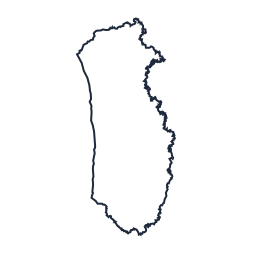 the district of Phu Kamyao, Phayao, Thailand, rotated 352°
{"feature_id": "78962969B43873675128191", "entity_name": "Phu Kamyao", "entity_type": "district", "adm_level": 2, "iso_a3": "THA", "parent_name": "Thailand", "parent_adm1": "Phayao", "projection": "robinson", "projection_center": [99.99, 19.32], "detail": "fine", "context": "isolated", "style": "outline", "palette": "slate", "viewbox_px": 256, "rotation_deg": 352, "n_neighbors": 0, "source": "geoboundaries", "source_scale": "gbopen_adm2", "svg_char_len": 5889}
<svg xmlns="http://www.w3.org/2000/svg" viewBox="0 0 256 256"><g transform="rotate(352 128 128)"><path d="M156.4,27.7L156.0,25.8L155.4,26.1L155.6,25.6L154.7,25.7L154.4,24.7L153.3,24.8L153.8,24.0L153.1,23.0L153.2,21.8L151.9,21.9L151.7,21.0L150.8,20.7L150.1,21.2L149.4,21.0L148.7,22.4L148.8,23.1L150.2,24.0L149.8,25.1L149.1,25.8L146.5,26.3L145.9,26.8L145.2,26.4L144.7,26.9L144.7,25.8L144.2,24.9L143.2,24.6L142.4,23.5L141.8,23.9L141.2,23.4L137.8,24.6L137.6,26.3L135.4,26.4L134.7,26.9L134.3,26.4L133.1,26.6L131.9,27.1L131.0,28.1L129.2,27.8L128.4,26.4L126.4,27.0L126.3,26.3L125.9,26.9L124.7,26.8L124.4,26.4L123.8,27.4L123.1,27.4L122.9,28.0L122.1,28.1L120.2,28.0L116.8,26.9L114.9,27.6L110.2,27.3L108.0,28.7L107.2,29.8L107.8,32.2L106.2,33.7L105.7,35.6L103.3,35.7L101.4,37.1L100.1,36.8L99.3,38.3L95.6,39.4L93.1,44.2L92.0,44.3L91.9,45.0L90.8,44.9L90.5,46.9L87.8,47.9L91.2,57.2L92.2,65.3L94.8,72.7L95.7,80.4L95.5,85.9L95.9,88.8L95.4,94.3L93.7,96.7L94.9,100.7L94.3,103.6L94.2,107.0L92.5,115.4L93.5,120.5L93.9,126.8L92.9,141.7L92.6,143.0L91.4,144.6L91.5,148.3L89.0,155.4L89.2,158.8L88.2,160.6L87.6,163.1L87.0,171.3L85.9,173.9L85.6,179.0L83.8,186.5L84.3,187.5L82.9,189.8L82.2,192.1L85.8,195.7L87.4,198.7L92.0,199.4L92.4,200.3L94.2,200.7L94.8,201.2L95.9,203.0L95.3,203.8L95.7,204.8L95.1,205.1L95.1,206.8L94.3,208.4L94.7,208.7L95.2,210.7L94.7,211.4L96.2,213.3L96.5,212.8L97.9,212.6L98.0,213.1L98.8,213.2L98.5,214.7L100.6,216.7L101.3,218.2L101.8,218.1L102.1,219.0L101.7,219.4L102.6,219.5L102.3,219.9L104.2,223.8L105.1,224.2L105.3,225.0L106.7,226.4L107.7,226.6L107.8,227.0L107.3,226.7L107.2,227.1L108.0,227.7L107.8,228.3L109.2,228.4L109.6,229.6L110.6,229.4L111.1,230.1L111.9,230.1L111.9,230.8L112.8,230.7L113.0,232.2L113.4,232.4L114.2,231.7L115.8,231.5L116.2,230.1L117.0,229.9L117.0,229.5L118.4,229.6L119.6,228.2L120.2,228.6L120.4,229.4L121.3,229.2L122.4,229.9L123.9,233.4L123.9,235.0L125.1,234.6L125.7,235.3L126.1,234.2L127.4,234.7L128.3,233.2L129.8,233.5L131.1,232.8L131.7,231.9L131.7,230.2L130.8,228.1L132.0,226.7L133.3,226.6L133.3,228.3L134.2,229.0L135.2,227.8L134.6,227.1L134.7,226.0L135.4,226.4L135.6,227.3L136.1,227.7L137.0,226.2L139.4,226.1L140.4,227.0L141.6,225.4L142.9,225.0L142.5,223.2L144.5,223.5L145.1,222.6L145.9,222.9L146.2,222.2L145.1,221.2L145.8,220.8L146.7,221.3L147.1,221.0L147.1,220.5L145.7,218.7L146.8,216.8L147.9,217.1L148.4,216.8L148.0,215.1L148.9,213.2L147.5,212.8L148.4,211.6L148.6,210.3L149.9,209.0L151.0,209.3L152.2,207.6L153.2,207.1L154.3,203.9L156.6,200.5L156.5,198.0L156.8,196.9L158.7,194.2L158.3,192.4L159.2,191.6L158.5,190.6L158.8,189.4L159.7,188.2L160.7,188.5L162.2,185.6L164.0,184.4L163.7,183.6L164.6,183.4L165.2,181.8L164.7,180.1L163.7,179.9L163.8,178.7L163.0,178.5L163.3,177.8L163.9,177.7L164.0,177.0L162.0,177.3L162.1,176.6L163.1,176.0L163.8,176.4L163.9,175.9L163.2,175.1L161.5,175.8L161.2,175.3L161.6,174.6L163.3,173.8L164.2,172.4L164.9,169.5L165.8,169.2L166.4,168.3L164.8,164.3L167.2,163.6L168.0,164.7L168.5,163.8L167.7,161.5L167.8,159.9L167.2,157.1L165.6,157.1L165.2,156.8L165.7,155.9L167.5,155.6L167.6,154.8L166.9,154.0L166.2,154.6L165.2,154.5L165.1,153.8L165.5,152.9L167.1,153.3L167.1,152.6L166.1,151.8L166.7,151.0L167.9,151.0L168.8,151.7L169.3,150.5L170.6,150.2L170.7,149.5L169.1,147.5L170.1,146.6L171.3,146.6L171.3,145.3L172.8,145.1L173.0,144.7L172.3,142.9L170.9,142.2L171.4,141.5L172.9,141.6L172.7,140.3L172.1,140.0L172.4,138.4L169.7,137.1L169.7,135.9L169.0,136.0L168.7,137.2L168.0,136.4L167.0,136.9L166.1,135.2L166.3,134.2L165.2,135.0L164.0,133.8L163.2,133.5L163.2,133.1L164.7,132.0L164.4,131.4L164.8,130.3L163.6,129.8L164.1,128.5L165.1,128.5L164.9,126.8L165.9,126.8L166.5,126.2L166.6,124.4L166.1,124.1L165.5,124.5L165.5,124.2L166.6,123.1L167.4,123.1L167.2,122.7L166.2,122.9L165.9,122.6L166.3,121.7L167.4,121.6L167.3,120.5L166.4,120.1L166.7,119.0L164.7,119.7L164.9,118.1L165.5,118.4L165.7,117.9L164.4,116.5L163.5,116.7L163.5,118.4L162.0,118.8L161.6,117.2L161.9,116.4L160.8,115.6L160.3,114.3L160.5,111.6L159.5,111.7L159.2,111.3L160.4,110.4L161.8,111.8L162.5,111.6L162.9,110.1L162.0,109.0L163.8,109.1L164.0,108.1L163.5,107.6L164.5,107.2L164.3,106.3L163.6,105.9L162.3,106.3L160.7,104.9L159.4,103.1L159.6,102.0L159.2,101.1L157.9,101.7L157.9,102.7L157.6,102.9L155.9,102.4L155.6,102.8L155.8,104.2L154.6,104.2L154.6,102.2L155.7,101.3L155.8,100.7L153.8,99.5L154.0,98.0L152.9,96.8L153.7,96.0L153.5,94.7L153.0,94.3L154.0,93.2L155.0,93.0L155.1,92.1L153.5,89.8L152.3,92.0L151.9,91.4L152.5,90.0L152.1,90.1L151.1,91.2L150.3,90.6L151.0,89.8L151.5,90.1L151.8,89.9L151.7,88.2L150.8,87.8L150.8,87.4L151.2,87.1L152.0,87.3L152.5,85.8L151.3,84.3L150.4,83.8L151.0,83.4L152.2,83.8L151.8,82.4L154.2,80.5L153.9,78.0L152.9,78.1L153.0,77.2L154.3,76.6L153.6,76.0L153.8,75.5L154.7,75.7L155.6,75.2L156.1,75.9L156.6,75.3L155.7,74.3L156.2,73.7L155.7,72.9L155.6,71.8L154.5,72.0L154.0,71.8L154.0,71.4L155.1,70.5L155.7,70.7L155.9,70.1L156.8,71.0L157.5,70.4L158.3,70.9L159.0,69.8L158.0,69.1L159.7,69.8L160.0,69.2L159.7,68.8L158.7,68.6L159.6,67.6L161.4,67.8L161.7,68.4L162.8,67.7L162.8,65.6L160.6,66.4L160.1,66.0L161.0,64.9L161.9,65.0L161.9,64.4L162.5,63.7L163.2,65.0L164.0,64.5L164.3,65.0L164.9,65.0L164.2,65.9L164.3,66.3L165.1,66.2L166.0,65.5L165.8,66.5L166.2,66.9L167.6,66.7L168.1,66.2L168.8,67.2L169.9,66.8L170.2,65.4L169.9,64.2L171.1,64.7L171.3,65.4L172.5,66.8L173.8,65.5L172.5,64.8L172.6,63.9L171.8,63.2L171.8,62.0L170.7,61.8L169.5,61.0L169.8,59.8L169.4,59.0L170.0,57.7L169.7,56.8L169.0,57.1L168.8,57.8L167.7,56.5L166.1,57.6L166.4,56.5L165.8,56.1L166.2,55.2L165.1,54.7L164.4,53.4L164.6,52.5L163.6,51.2L162.2,50.4L161.1,51.3L159.8,51.5L156.9,51.0L156.9,48.1L154.1,47.3L154.7,46.2L153.8,45.9L153.7,43.2L153.0,42.7L154.0,42.7L154.2,42.1L153.2,42.0L152.0,40.9L152.8,40.0L153.1,38.6L153.7,38.7L153.9,37.9L155.6,37.5L155.8,36.4L155.4,35.3L156.0,34.7L156.0,33.9L157.5,36.4L158.3,36.6L159.0,36.0L158.9,32.8L156.8,32.5L157.1,28.6L156.4,27.7Z" fill="none" stroke="#1e293b" stroke-width="2"/></g></svg>